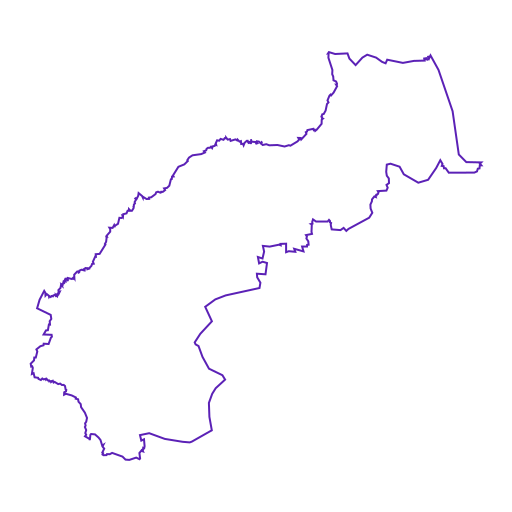 the district of Lanao del Norte, Lanao del Norte, Philippines
{"feature_id": "2640588B52014741175725", "entity_name": "Lanao del Norte", "entity_type": "district", "adm_level": 2, "iso_a3": "PHL", "parent_name": "Philippines", "parent_adm1": "Lanao del Norte", "projection": "equal_earth", "projection_center": [123.903, 8.014], "detail": "fine", "context": "isolated", "style": "outline", "palette": "violet", "viewbox_px": 512, "rotation_deg": 0, "n_neighbors": 0, "source": "geoboundaries", "source_scale": "gbopen_adm2", "svg_char_len": 5938}
<svg xmlns="http://www.w3.org/2000/svg" viewBox="0 0 512 512"><path d="M481.2,162.4L466.3,162.1L458.8,154.5L452.6,111.2L438.5,69.9L430.5,55.4L429.2,58.2L428.7,56.7L428.1,56.8L428.3,58.8L427.6,59.7L426.2,59.3L426.1,58.2L424.2,58.5L424.6,60.6L413.9,60.9L402.9,62.9L387.2,59.7L385.6,63.3L382.1,61.9L376.1,57.6L367.2,54.7L362.4,57.6L355.6,65.1L349.4,58.6L347.5,53.4L335.1,54.0L328.9,52.1L328.1,53.3L328.6,53.2L328.4,57.7L332.4,70.0L332.2,74.2L333.2,76.5L333.5,80.3L336.1,81.5L337.0,83.7L336.8,84.9L336.2,84.8L337.1,86.2L333.6,92.6L331.1,95.4L330.5,94.6L329.5,95.6L327.5,100.4L328.5,102.4L327.0,104.0L325.6,110.6L323.7,114.0L322.3,114.3L321.4,116.7L322.2,117.3L322.0,118.7L322.7,118.8L321.7,119.8L321.6,123.8L316.7,129.7L315.2,130.9L314.4,128.9L314.6,130.2L313.8,130.3L313.4,128.8L307.4,130.1L307.0,131.6L305.8,132.2L306.4,133.9L301.2,139.5L300.7,138.0L298.3,137.9L299.2,139.5L297.5,141.4L290.4,145.7L288.9,145.2L284.6,146.5L277.4,145.0L269.3,145.3L266.3,144.2L262.7,145.0L260.9,143.3L261.4,142.8L261.4,142.7L261.7,142.3L261.6,142.2L260.8,143.4L258.9,141.6L256.8,141.3L256.5,142.7L257.2,143.3L256.3,143.6L255.4,142.0L251.6,141.7L250.9,139.2L251.4,141.3L250.8,143.9L250.5,142.5L249.3,142.8L249.6,141.9L248.1,142.2L247.7,140.8L246.8,140.8L244.6,142.8L243.6,145.3L243.0,143.8L241.2,144.0L240.9,141.1L239.5,141.6L237.5,139.5L237.1,140.4L235.4,139.4L230.6,140.9L230.0,139.1L227.7,139.6L226.1,137.6L226.1,138.4L224.8,138.1L223.5,139.8L220.6,138.9L219.2,140.7L217.1,140.3L215.8,143.2L216.2,144.9L215.3,144.5L214.7,145.9L212.8,146.3L212.1,148.1L211.0,146.7L209.9,147.8L208.0,147.8L206.6,148.8L206.2,150.3L203.9,151.2L204.9,152.5L201.2,154.1L192.5,155.3L189.0,157.6L187.3,160.2L187.8,161.0L184.3,164.4L178.4,166.8L172.9,175.6L173.5,176.5L172.0,176.7L171.8,179.0L170.9,179.3L169.3,185.7L167.0,187.9L164.1,188.4L165.1,190.1L162.9,191.8L161.3,192.1L161.2,190.8L161.3,192.3L160.4,192.7L158.0,191.7L156.2,192.3L155.5,194.1L151.2,197.3L148.9,197.6L149.1,198.9L146.5,199.0L143.0,196.8L142.9,197.7L142.1,196.0L138.6,193.1L138.2,195.8L136.4,199.4L136.2,199.6L135.6,198.3L135.3,198.5L136.1,199.5L134.6,202.1L135.0,203.4L133.9,204.5L133.8,206.2L132.9,205.9L133.7,206.5L133.5,208.3L131.9,210.8L129.4,210.8L129.7,209.9L129.0,209.2L129.0,210.2L127.6,210.7L126.5,213.4L123.2,214.2L123.0,216.4L122.8,216.0L122.6,215.9L122.9,216.7L121.8,218.0L119.4,217.8L118.0,223.8L114.7,225.9L114.7,227.3L114.1,225.2L112.6,227.9L109.4,227.7L110.2,229.1L110.2,231.7L106.6,235.8L106.9,236.5L105.7,236.2L106.7,237.1L106.1,241.8L104.9,244.0L105.4,244.6L99.6,253.9L95.7,254.2L95.9,256.6L95.3,256.4L92.9,261.7L93.7,263.7L92.1,263.9L91.4,265.9L88.8,268.6L89.6,269.1L87.9,268.2L87.5,268.6L88.2,268.9L87.4,269.2L87.3,268.3L85.6,268.0L84.1,269.0L84.7,269.6L84.6,270.5L81.5,269.7L79.5,270.6L79.2,272.3L78.8,272.5L78.8,271.4L77.2,271.5L74.2,274.7L74.4,278.4L73.8,277.5L72.8,279.6L72.9,278.0L71.8,279.0L67.9,278.0L67.8,281.1L66.7,278.6L65.4,278.7L64.7,280.3L65.2,280.0L65.4,280.8L64.3,280.1L65.0,281.3L64.4,282.7L63.5,281.8L62.7,284.7L61.4,284.1L62.0,285.9L61.0,285.1L60.5,287.9L58.4,290.1L58.6,291.9L59.8,291.6L58.8,293.7L58.4,292.9L56.7,294.5L57.5,295.3L57.2,296.3L56.1,295.2L56.4,296.7L54.8,294.8L53.1,295.6L52.8,297.2L52.8,296.2L51.6,296.0L50.7,297.0L49.6,296.3L49.1,297.0L48.8,295.7L46.8,294.1L45.5,295.6L45.3,292.7L44.2,290.9L39.6,299.7L37.1,308.3L50.7,314.9L51.3,318.9L49.7,321.2L50.0,324.6L48.9,324.5L47.9,330.2L46.0,330.4L43.6,334.5L51.6,334.8L51.9,336.7L50.9,337.7L48.6,344.0L43.7,343.7L43.5,345.3L40.4,346.2L36.4,349.4L37.3,351.5L35.8,357.5L34.3,357.5L34.0,360.4L30.7,363.7L31.2,366.6L32.2,366.3L32.8,367.9L31.9,374.0L33.6,373.2L34.6,377.3L38.1,377.8L38.5,378.9L40.9,380.0L42.3,378.5L43.6,379.4L46.0,378.7L46.1,379.5L46.7,379.0L47.8,380.4L49.0,380.4L49.2,381.4L50.9,381.1L51.1,382.0L52.8,380.8L53.6,382.5L54.6,381.9L58.2,384.1L60.2,383.6L61.9,385.0L63.7,384.9L65.0,386.0L65.6,389.4L66.3,389.9L66.0,391.3L64.2,392.3L64.1,394.7L65.9,393.8L71.7,395.4L75.9,397.5L75.7,398.7L78.1,399.3L78.5,401.7L80.7,404.1L81.1,407.2L84.9,412.7L87.0,417.9L86.2,421.8L85.1,423.3L85.6,425.6L84.9,427.0L86.2,430.1L85.3,433.1L86.2,434.8L85.0,436.3L89.5,438.9L89.8,440.1L90.4,434.8L91.1,434.0L95.0,434.4L98.5,437.5L100.5,440.0L102.2,445.6L103.3,444.9L102.8,445.9L102.9,447.1L104.2,448.6L102.3,452.6L103.1,453.2L102.5,454.5L103.5,455.2L106.5,455.1L107.0,454.1L109.8,454.2L112.1,452.9L122.5,456.6L125.5,459.6L129.3,459.9L136.2,457.6L139.5,459.2L140.1,458.5L139.4,453.0L141.2,450.8L143.0,451.4L142.3,449.8L143.0,449.7L143.2,447.8L144.2,448.2L144.6,446.2L144.0,439.3L141.3,440.6L140.0,435.1L149.2,433.2L164.8,438.9L182.6,441.8L189.7,442.4L191.7,441.7L211.8,430.3L209.4,416.9L208.9,402.9L212.2,393.8L215.7,388.2L225.1,379.6L222.4,375.2L209.0,368.7L202.5,356.9L198.5,346.0L195.6,344.4L194.7,342.4L200.3,333.8L211.9,321.3L205.2,306.8L215.3,299.4L225.7,295.4L259.5,288.0L260.4,282.7L257.2,277.3L256.9,273.7L265.5,274.3L267.0,263.0L262.6,261.7L259.1,263.4L257.9,257.0L262.5,258.5L264.1,251.6L262.9,245.9L269.7,246.6L279.0,244.7L280.7,245.3L280.5,243.9L286.1,243.7L286.1,252.2L288.8,251.2L295.3,251.8L294.2,248.8L303.5,251.4L302.1,246.5L307.0,246.5L307.1,244.9L308.6,244.7L308.3,241.3L306.4,238.5L306.9,236.5L306.0,235.1L312.0,233.9L311.5,231.8L311.8,224.5L311.0,224.0L312.5,223.6L312.2,222.0L313.0,219.4L316.0,221.5L327.7,221.5L329.0,219.9L330.0,221.0L330.0,222.4L331.1,223.0L330.7,224.7L331.7,229.4L340.5,230.1L343.6,227.9L346.3,230.9L348.5,228.9L369.2,217.7L372.3,212.8L370.6,208.5L370.4,204.6L371.9,201.3L372.0,199.4L374.3,196.5L375.7,197.0L375.4,196.1L376.5,195.5L376.3,194.7L377.9,194.0L378.5,192.4L377.8,191.1L386.4,190.6L387.7,187.7L386.5,184.9L389.0,183.1L388.8,178.4L386.8,175.7L386.2,171.8L386.8,164.6L390.5,163.7L399.6,166.7L403.8,174.3L418.3,182.7L428.1,179.8L436.2,168.0L440.3,160.2L442.5,163.9L441.8,165.9L443.6,166.1L444.0,168.3L445.6,168.2L448.8,172.7L474.3,172.6L477.0,171.4L477.8,168.7L479.5,168.4L479.8,165.3L481.3,165.3L479.9,163.6L481.2,162.4Z" fill="none" stroke="#5b21b6" stroke-width="2"/></svg>